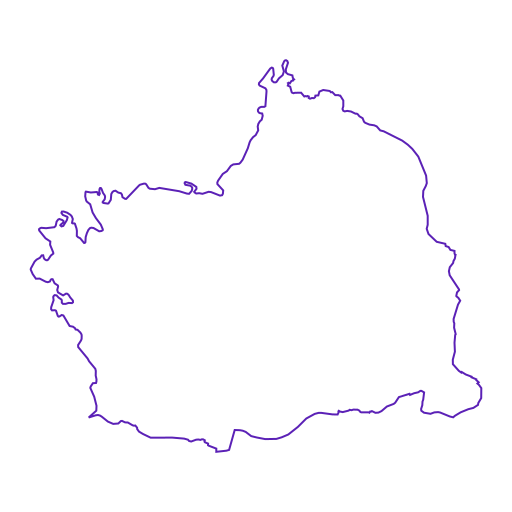 Ban Haet, Khon Kaen, Thailand (Albers equal-area conic projection)
{"feature_id": "78962969B76194280377642", "entity_name": "Ban Haet", "entity_type": "district", "adm_level": 2, "iso_a3": "THA", "parent_name": "Thailand", "parent_adm1": "Khon Kaen", "projection": "albers", "projection_center": [102.747, 16.218], "detail": "fine", "context": "isolated", "style": "outline", "palette": "violet", "viewbox_px": 512, "rotation_deg": 0, "n_neighbors": 0, "source": "geoboundaries", "source_scale": "gbopen_adm2", "svg_char_len": 5903}
<svg xmlns="http://www.w3.org/2000/svg" viewBox="0 0 512 512"><path d="M455.5,255.0L455.1,255.0L454.5,253.2L454.5,250.9L450.4,249.9L448.6,247.0L445.7,246.1L445.3,243.8L436.7,241.8L428.5,234.0L426.7,228.8L427.7,224.8L427.7,215.8L423.0,196.9L423.3,190.8L425.8,186.0L426.8,183.1L426.1,175.6L418.3,156.6L412.3,148.9L407.8,144.7L402.2,140.6L383.7,131.3L380.2,130.4L376.7,126.4L374.2,125.3L369.5,124.6L365.2,122.8L364.0,121.7L362.6,118.2L359.4,116.3L357.7,114.2L356.8,113.7L355.5,113.7L351.0,111.5L347.2,110.9L344.7,111.4L343.3,110.8L342.5,109.0L343.3,106.3L343.3,100.5L340.3,95.7L339.4,95.7L338.6,95.1L335.2,95.1L332.3,92.1L330.9,92.3L330.0,91.2L329.2,90.9L323.2,90.0L319.4,91.6L318.3,95.4L315.4,95.6L315.1,97.2L313.8,98.2L312.0,98.0L310.0,98.7L308.7,98.0L308.8,96.5L307.5,96.0L306.7,96.4L305.5,96.1L304.3,96.5L301.1,92.7L294.9,92.8L293.5,93.2L292.1,92.7L291.6,92.0L290.2,86.7L287.8,85.6L288.5,83.7L288.0,83.1L288.6,82.7L289.9,83.3L291.4,81.0L293.1,80.5L293.1,79.7L294.0,79.4L292.8,77.8L292.4,75.4L287.8,74.1L286.0,72.5L285.8,69.4L288.0,62.8L287.3,61.0L286.0,60.2L284.9,60.5L284.2,61.2L282.3,65.6L283.9,71.4L282.7,75.1L278.9,78.4L276.6,81.8L275.8,82.3L273.9,82.3L272.3,81.1L271.6,79.7L271.8,78.3L273.5,75.9L273.8,74.8L273.2,68.8L272.7,67.9L271.7,67.6L270.2,68.6L263.0,78.5L259.0,83.1L258.9,84.5L259.7,85.6L265.4,88.3L266.4,89.9L266.5,91.5L265.4,106.2L264.2,106.9L261.2,106.9L259.5,107.6L258.6,108.5L257.9,109.9L258.0,111.3L258.9,112.6L260.1,113.2L262.2,113.5L262.7,115.8L261.7,119.7L259.8,121.4L258.3,123.9L257.7,126.5L258.2,130.4L255.7,135.1L253.0,137.2L250.6,140.3L249.6,142.4L247.8,148.3L242.7,159.6L240.4,162.7L239.1,163.8L233.3,164.4L230.8,165.9L226.9,171.2L222.8,173.9L218.1,180.6L217.3,182.5L217.4,184.1L223.2,190.4L222.9,193.7L222.1,195.2L220.0,195.6L211.1,192.1L208.6,191.8L202.5,193.8L199.2,193.2L196.2,193.5L194.5,192.4L194.2,191.8L196.5,188.8L196.3,186.9L191.4,183.6L185.7,182.0L184.8,182.4L184.6,183.2L185.4,184.8L190.3,185.7L191.5,186.6L192.2,187.7L192.2,189.2L191.6,191.0L189.1,193.8L187.0,193.6L179.2,191.2L159.3,187.9L155.0,189.2L149.8,188.7L148.5,187.9L146.2,184.3L145.4,183.7L144.0,183.6L140.1,184.7L139.1,185.4L126.2,198.9L125.2,198.9L122.5,197.2L121.9,194.5L120.9,193.2L118.3,192.6L115.5,190.7L113.6,191.1L112.4,192.1L111.3,194.0L110.8,199.8L108.5,203.4L107.8,203.6L103.6,203.0L102.7,202.5L102.7,201.9L104.7,199.3L105.1,196.9L104.8,195.5L103.0,192.9L101.6,189.1L100.8,188.0L100.1,188.0L99.5,189.1L99.3,191.8L99.8,193.7L99.1,195.0L97.9,194.5L97.5,192.5L96.8,192.0L90.8,192.5L85.9,191.6L85.5,192.2L85.2,196.3L86.1,200.3L86.7,201.5L90.2,204.3L92.6,212.5L95.9,218.1L100.8,224.6L102.8,229.3L102.7,230.3L101.4,231.0L99.2,231.3L93.5,228.0L91.3,227.7L90.0,228.1L88.4,229.9L86.9,233.1L85.7,237.0L85.4,242.2L84.8,242.9L84.1,243.0L80.1,238.2L78.0,237.2L76.8,235.9L76.9,230.9L76.5,228.5L74.9,223.7L74.4,223.4L72.7,223.4L72.0,222.9L72.8,219.0L71.8,216.4L70.5,214.9L67.2,212.7L63.5,211.5L61.9,211.6L61.4,212.9L62.8,214.9L67.3,216.8L67.6,217.4L66.8,220.2L63.3,225.9L61.5,226.4L60.3,225.3L60.5,224.8L63.4,222.4L63.5,221.0L62.2,220.0L59.3,219.0L58.1,219.6L56.6,221.6L55.7,225.8L54.4,227.2L46.1,228.2L41.3,227.8L40.2,228.2L39.0,229.2L39.2,230.5L45.5,238.3L50.3,241.5L50.1,244.8L53.2,252.4L53.3,253.6L50.9,255.5L48.1,259.7L47.0,260.3L46.0,260.1L44.6,259.2L43.8,257.9L43.2,255.3L41.7,255.4L39.9,257.8L36.6,259.6L34.6,261.6L30.9,268.4L30.7,269.6L32.7,274.1L35.9,278.7L39.7,278.6L45.7,281.7L47.8,282.2L49.9,281.5L50.7,279.8L51.4,279.2L52.6,279.2L54.6,283.3L57.9,285.5L58.1,286.6L57.2,290.0L58.0,292.4L63.1,295.4L66.1,293.6L67.4,293.8L68.8,295.1L70.1,297.3L72.9,300.6L73.0,302.3L72.0,303.1L68.6,302.9L65.6,303.9L63.0,303.9L61.8,302.7L61.8,300.5L61.5,299.6L58.6,297.6L56.6,295.4L54.7,295.1L53.8,295.8L53.2,297.0L53.6,300.2L51.2,307.2L51.1,309.2L52.0,310.4L54.9,310.2L56.0,310.7L57.8,315.9L58.5,316.6L59.4,316.5L61.7,315.0L63.4,315.5L69.6,326.0L73.0,326.7L75.0,328.2L75.6,329.5L77.5,329.8L80.4,332.6L81.5,334.4L81.7,335.8L81.6,338.9L81.0,340.5L78.1,345.0L78.2,347.1L87.6,358.5L89.1,361.3L95.3,368.8L95.8,370.9L95.7,375.6L96.5,379.3L96.4,381.7L96.0,383.0L92.9,383.2L90.7,386.5L90.3,387.9L94.2,396.7L96.5,405.8L96.3,410.7L88.7,417.5L95.7,415.3L98.0,415.0L100.1,415.6L101.8,416.7L107.9,421.6L113.2,423.9L118.3,423.5L120.8,421.1L122.0,420.9L125.1,422.4L127.8,422.5L132.6,425.3L134.0,425.7L135.3,425.5L137.1,427.7L137.2,429.1L139.0,431.6L143.0,434.0L150.7,437.7L172.2,437.6L184.1,438.6L188.0,439.7L189.1,441.0L191.2,441.5L196.1,439.7L198.4,439.5L200.4,439.9L201.9,439.3L203.0,439.3L204.8,440.3L204.5,441.7L205.0,442.3L208.1,443.6L208.0,445.2L208.5,445.6L216.3,448.6L216.3,451.8L226.4,450.7L229.1,449.9L234.7,430.0L239.9,430.2L242.7,430.7L245.7,431.9L251.2,436.1L256.8,437.5L265.2,439.1L276.4,438.9L281.7,437.3L288.3,434.5L297.9,426.9L306.3,418.5L314.7,413.9L318.5,412.9L321.5,412.9L332.5,414.4L337.6,414.5L338.6,412.4L338.4,411.3L338.8,410.8L339.8,411.5L342.7,412.1L348.7,410.6L349.6,409.8L351.5,410.2L353.4,409.6L357.6,409.7L359.3,410.6L360.4,412.0L361.2,412.3L368.6,412.3L369.4,412.7L370.2,411.5L371.2,411.6L371.9,411.1L375.4,412.8L378.4,412.6L381.5,411.1L386.9,406.5L393.7,403.9L395.2,402.7L398.9,397.1L409.5,393.8L410.0,394.9L414.2,393.2L418.2,392.3L420.3,390.9L421.5,390.9L424.1,392.4L423.2,399.7L422.5,401.6L422.3,405.2L421.1,409.0L421.3,410.7L424.0,412.7L430.5,413.8L434.3,412.4L438.1,412.1L440.1,412.5L449.9,416.5L453.2,417.3L454.9,415.8L460.7,412.3L468.3,409.2L473.4,407.9L478.0,404.9L478.3,403.0L481.2,398.1L481.3,388.1L478.9,384.8L477.4,383.5L478.7,382.3L476.2,380.0L476.3,379.3L471.5,377.3L471.6,376.7L465.8,374.5L461.7,372.0L461.3,372.6L458.8,370.8L452.9,364.2L452.8,359.7L454.9,351.7L454.5,342.7L455.2,334.9L455.7,334.2L454.1,327.7L454.3,323.3L453.7,321.8L453.6,319.0L458.0,304.6L460.2,300.7L458.3,297.8L456.4,296.3L456.3,295.8L457.0,292.4L459.1,290.1L459.0,289.4L449.7,275.3L448.9,271.2L449.8,267.2L453.1,263.0L453.5,261.0L454.8,258.7L455.5,255.0Z" fill="none" stroke="#5b21b6" stroke-width="2"/></svg>